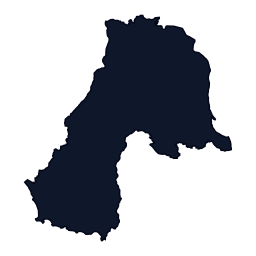 outline of Nicoya, Guanacaste, Costa Rica
{"feature_id": "36466004B54508558874137", "entity_name": "Nicoya", "entity_type": "district", "adm_level": 2, "iso_a3": "CRI", "parent_name": "Costa Rica", "parent_adm1": "Guanacaste", "projection": "robinson", "projection_center": [-85.463, 10.103], "detail": "fine", "context": "isolated", "style": "filled", "palette": "ink", "viewbox_px": 256, "rotation_deg": 0, "n_neighbors": 0, "source": "geoboundaries", "source_scale": "gbopen_adm2", "svg_char_len": 5828}
<svg xmlns="http://www.w3.org/2000/svg" viewBox="0 0 256 256"><path d="M207.7,61.2L205.9,58.7L205.0,58.2L203.2,56.2L198.8,52.7L194.9,52.0L193.1,50.6L192.8,50.3L193.1,45.7L193.6,43.8L194.9,41.2L194.6,39.9L189.5,36.9L186.2,35.4L182.4,28.5L174.0,26.3L166.9,26.0L166.1,26.4L164.9,29.4L163.4,29.4L162.8,29.2L162.1,28.4L162.0,26.7L161.6,26.2L160.8,25.8L158.1,26.1L155.9,24.9L155.1,23.8L155.1,22.3L155.9,21.8L156.7,23.8L157.2,23.6L158.1,21.1L157.1,19.9L159.3,18.6L159.2,17.4L155.2,17.8L153.5,19.3L152.0,19.7L151.1,19.7L149.1,19.1L146.0,19.5L145.2,18.6L143.5,17.5L142.7,15.4L140.4,15.5L139.3,16.5L136.6,16.6L136.2,18.0L135.1,18.9L134.4,20.2L134.4,22.7L134.2,23.0L133.6,23.0L132.3,22.4L131.0,19.9L130.2,19.9L129.6,20.8L128.9,21.1L129.1,22.0L129.7,22.8L129.5,23.6L128.7,23.7L127.9,24.9L127.0,25.3L125.9,24.4L124.3,24.1L123.6,22.4L121.2,22.4L120.3,21.2L118.8,21.2L118.0,20.5L114.7,20.5L113.2,19.5L111.4,19.6L110.3,19.9L107.7,21.5L105.9,21.3L105.4,22.6L105.5,24.4L106.2,26.0L107.7,27.6L107.8,28.3L107.0,30.3L107.2,33.7L107.6,35.9L109.2,38.0L109.2,40.1L109.0,41.4L106.4,48.4L106.1,50.2L105.9,55.4L105.3,56.2L105.1,56.9L104.4,56.8L104.0,57.1L102.9,59.2L102.8,60.1L102.9,61.7L105.1,65.2L105.3,66.7L104.7,67.5L103.9,68.0L101.5,68.2L99.7,69.3L98.5,69.3L98.2,69.7L97.4,69.8L94.2,73.2L94.4,76.3L94.1,77.5L94.1,80.0L93.0,82.0L91.9,85.5L91.0,86.6L90.9,90.0L90.4,91.1L87.7,94.2L87.0,96.4L85.9,97.6L85.2,99.0L84.2,99.8L83.7,100.9L82.5,101.2L81.2,102.5L79.7,104.7L78.8,105.3L78.6,106.5L77.6,106.9L73.2,111.7L72.4,112.9L70.7,113.9L70.5,116.1L68.4,116.5L65.3,119.3L65.0,122.0L64.7,122.6L65.3,125.9L66.6,126.1L67.0,125.8L67.5,125.8L68.1,126.7L68.3,127.8L68.2,128.9L67.7,129.5L67.7,130.0L68.3,131.6L68.8,134.7L68.0,136.1L68.6,138.0L67.7,138.6L66.9,138.6L66.1,139.8L66.2,140.7L67.0,141.0L66.8,141.8L67.5,142.9L67.5,144.1L66.2,144.2L65.5,145.5L64.3,145.2L62.4,146.1L60.8,146.4L60.6,149.4L59.3,150.5L57.8,150.3L56.0,149.1L55.3,149.1L54.3,149.8L54.4,151.4L53.3,153.3L53.2,154.9L52.7,155.6L52.9,156.4L53.4,156.8L53.4,157.4L52.8,158.5L51.9,159.2L50.2,161.8L49.1,162.9L48.8,166.5L47.9,167.3L46.4,168.0L44.2,170.0L41.3,170.6L39.4,170.3L39.1,171.0L39.1,172.5L38.6,173.6L38.8,175.9L37.4,176.0L36.9,177.0L36.1,177.8L35.1,178.1L35.4,181.1L34.7,183.2L33.8,183.3L33.3,182.4L32.5,182.7L27.5,179.8L24.7,182.2L28.5,186.9L29.2,188.5L30.5,190.6L31.3,192.8L31.3,194.0L33.6,197.3L33.4,198.9L32.7,199.1L32.7,199.5L33.3,200.4L34.3,201.0L36.5,204.5L38.5,210.3L38.7,216.3L38.3,217.3L37.3,218.3L35.6,218.9L35.7,219.5L36.4,220.6L36.9,220.9L39.3,220.7L41.2,221.1L42.9,223.1L44.0,222.0L43.7,221.0L43.1,220.5L43.3,219.9L44.5,219.3L44.8,218.9L48.1,219.0L50.4,220.4L50.9,221.0L52.3,223.3L52.2,224.1L51.8,224.6L51.8,224.9L53.1,225.9L54.4,225.6L56.5,225.7L60.3,227.1L61.0,228.1L63.0,227.7L64.5,226.5L66.2,226.6L66.7,227.2L66.4,228.0L66.5,228.5L66.9,229.0L67.9,229.2L68.8,230.3L73.6,230.7L75.3,231.4L76.1,232.5L76.7,232.8L77.4,232.6L78.0,231.7L78.7,231.4L81.2,231.4L84.1,232.5L85.6,234.1L87.9,234.3L88.8,234.0L90.9,234.1L91.8,233.6L92.4,232.7L94.4,231.4L97.2,231.7L98.6,232.6L99.2,233.5L101.5,235.9L101.7,236.8L100.9,238.9L101.6,240.6L102.3,240.6L103.9,238.9L105.3,239.5L105.4,238.3L105.0,237.7L106.7,235.4L106.8,233.9L107.2,232.9L107.9,232.4L108.1,231.7L110.0,231.0L110.0,229.7L110.9,227.5L112.9,227.8L114.2,228.7L115.2,228.7L116.3,226.9L117.3,226.3L118.3,223.4L118.9,222.2L119.1,222.2L119.3,220.7L118.3,218.2L118.5,215.0L117.9,214.1L116.8,213.3L116.3,211.9L116.3,210.1L117.9,207.4L118.5,205.9L118.6,203.0L119.6,202.3L119.6,201.1L120.9,199.5L121.2,198.5L119.7,197.0L120.0,196.0L119.6,194.8L119.7,190.1L118.6,188.5L118.3,186.2L116.4,183.9L116.5,182.3L115.5,180.1L115.8,178.9L117.7,176.4L117.8,175.1L116.1,172.4L116.7,170.5L116.7,169.4L116.2,167.8L115.5,166.7L115.5,165.0L116.7,162.0L117.9,161.3L119.6,159.1L119.9,157.7L119.6,155.8L120.6,153.5L121.0,152.0L121.7,151.1L123.6,150.3L124.6,148.1L125.2,147.8L126.3,145.8L126.2,143.3L124.7,141.6L125.4,137.1L127.8,135.6L129.5,134.0L131.4,133.5L133.8,131.7L134.6,130.6L135.8,129.8L137.0,129.9L138.2,131.2L139.3,130.7L142.3,130.4L144.6,131.5L145.4,132.5L148.0,132.8L149.2,133.2L149.3,134.1L150.0,135.1L151.2,135.7L151.7,136.3L151.4,137.3L149.8,137.1L149.6,137.6L152.1,139.2L152.1,140.1L152.6,141.0L154.2,142.1L154.4,142.5L154.4,143.0L153.5,143.0L152.3,143.8L150.5,144.1L150.1,144.5L150.1,144.8L152.5,146.7L155.7,150.8L158.2,153.3L158.9,153.6L162.1,154.2L165.1,154.0L167.0,155.3L168.6,155.3L169.2,155.9L170.3,156.1L170.4,157.3L172.6,157.5L173.5,158.3L177.3,158.2L177.6,156.7L179.7,155.3L179.7,153.9L179.3,153.9L177.5,151.9L177.5,150.8L178.0,149.4L177.8,147.5L176.9,146.4L176.6,144.9L175.5,144.9L176.4,143.2L178.4,142.9L179.3,142.3L180.3,142.6L181.9,142.6L182.4,143.0L182.7,143.9L183.5,144.4L185.0,144.0L186.0,144.1L186.5,144.9L186.4,146.3L187.5,147.2L188.1,147.2L188.4,146.6L191.1,148.0L192.0,148.0L192.0,146.3L195.3,145.8L195.8,146.4L196.2,147.9L197.3,147.3L197.7,147.5L198.1,148.9L198.9,148.9L200.4,148.3L201.9,148.3L203.1,147.3L204.7,146.5L205.1,146.0L205.1,144.7L205.6,143.5L206.3,142.7L207.3,142.3L207.9,141.2L208.3,141.1L209.1,141.9L211.1,141.3L212.1,141.3L212.7,141.7L212.9,142.5L214.2,144.6L217.1,147.4L220.3,148.3L221.1,150.3L223.2,150.3L224.9,151.0L226.1,150.4L228.7,150.3L231.3,149.6L231.1,147.5L230.7,146.6L230.9,145.1L230.4,141.9L228.6,137.3L228.3,136.9L226.7,137.3L225.2,137.1L224.3,136.5L222.1,135.7L218.7,133.5L217.2,132.9L215.3,131.5L214.5,130.0L212.3,127.0L212.2,125.3L211.5,125.5L211.3,125.2L211.4,122.5L211.1,119.8L211.6,116.6L212.0,116.8L213.3,119.0L215.0,119.8L215.3,119.5L214.9,118.4L213.9,117.5L212.2,115.2L210.0,110.1L209.2,109.0L209.4,107.4L209.1,104.4L208.5,102.9L208.6,102.1L208.3,101.1L208.4,97.9L207.8,95.7L207.8,93.9L208.3,91.6L208.4,89.2L209.0,87.7L209.3,84.5L209.3,83.0L208.4,79.6L208.3,77.0L209.2,72.8L210.1,71.3L210.3,70.2L209.0,66.2L209.0,65.5L207.7,61.2Z" fill="#0f172a" stroke="#020617" stroke-width="1.5"/></svg>